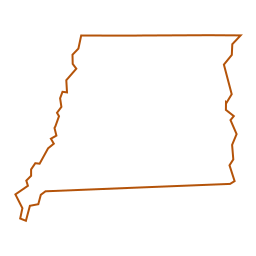 East Feliciana, Louisiana, United States of America (Mercator projection)
{"feature_id": "52423323B7824405482289", "entity_name": "East Feliciana", "entity_type": "district", "adm_level": 2, "iso_a3": "USA", "parent_name": "United States of America", "parent_adm1": "Louisiana", "projection": "mercator", "projection_center": [-91.101, 30.825], "detail": "fine", "context": "isolated", "style": "outline", "palette": "amber", "viewbox_px": 256, "rotation_deg": 0, "n_neighbors": 0, "source": "geoboundaries", "source_scale": "gbopen_adm2", "svg_char_len": 745}
<svg xmlns="http://www.w3.org/2000/svg" viewBox="0 0 256 256"><path d="M81.2,35.5L78.4,48.6L72.5,54.7L72.7,63.9L76.3,68.7L66.3,80.2L67.0,92.4L62.5,91.8L60.1,98.3L61.4,106.9L57.0,112.8L59.0,116.2L55.4,126.3L54.5,128.0L56.4,135.6L50.9,138.7L53.8,143.7L48.1,148.3L39.6,163.7L35.3,163.2L31.1,169.4L31.1,175.8L26.3,180.6L27.9,185.8L15.4,194.4L22.4,208.2L20.2,218.5L25.9,220.8L29.9,205.8L38.3,204.2L40.8,194.8L45.5,191.3L137.0,187.6L230.1,183.9L234.6,181.1L229.5,165.3L233.3,159.4L232.1,144.9L236.6,134.1L230.5,120.1L233.8,116.1L225.9,109.9L226.0,102.3L226.5,102.8L231.7,94.2L223.9,64.6L231.8,54.9L232.3,44.2L240.6,35.4L209.3,35.2L142.2,35.5L133.9,35.6L130.3,35.6L124.6,35.6L112.1,35.6L81.2,35.5Z" fill="none" stroke="#b45309" stroke-width="2"/></svg>